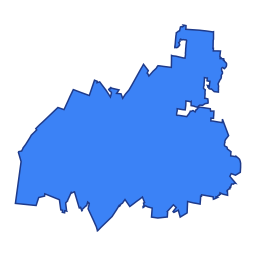 the district of Huehuetán, Chiapas, Mexico
{"feature_id": "50627088B5794115738301", "entity_name": "Huehuetán", "entity_type": "district", "adm_level": 2, "iso_a3": "MEX", "parent_name": "Mexico", "parent_adm1": "Chiapas", "projection": "equal_earth", "projection_center": [-92.394, 15.021], "detail": "fine", "context": "isolated", "style": "filled", "palette": "blue", "viewbox_px": 256, "rotation_deg": 0, "n_neighbors": 0, "source": "geoboundaries", "source_scale": "gbopen_adm2", "svg_char_len": 5769}
<svg xmlns="http://www.w3.org/2000/svg" viewBox="0 0 256 256"><path d="M183.2,25.1L183.4,25.4L183.5,25.6L183.7,26.0L182.6,26.8L182.4,26.6L181.9,26.5L181.3,26.8L180.9,26.9L180.5,26.9L180.3,27.6L180.2,28.2L179.8,29.8L179.6,30.8L179.1,31.0L178.7,31.0L178.0,31.5L176.9,32.5L176.7,32.5L176.3,32.7L176.2,33.8L176.3,34.1L176.2,34.4L176.0,35.1L175.8,37.2L175.6,39.1L175.3,42.8L175.1,44.8L174.8,46.8L174.8,47.3L175.1,47.1L175.2,47.5L175.4,47.6L175.6,47.6L176.1,47.6L176.5,47.7L176.9,47.6L177.8,47.3L178.6,46.1L179.4,45.7L179.7,44.5L178.8,42.9L178.7,42.6L178.9,42.6L180.0,41.4L180.0,40.1L180.1,39.6L180.3,39.3L180.4,39.2L180.8,39.1L181.8,40.0L182.2,39.8L183.2,39.6L185.1,39.9L185.4,39.8L186.1,39.9L186.6,40.4L186.3,43.0L186.0,45.0L185.9,47.2L185.7,48.5L185.6,51.2L185.4,53.3L185.5,54.3L185.5,54.8L185.1,57.1L185.0,58.1L183.1,57.9L176.0,56.2L172.6,55.8L171.5,55.4L171.5,60.3L171.4,65.4L171.3,67.4L163.3,66.4L160.6,66.0L158.0,65.7L157.2,66.7L156.7,67.4L156.5,68.0L156.2,68.3L155.3,69.2L154.8,69.6L154.6,69.9L153.3,71.0L148.9,76.0L148.1,74.4L147.9,73.9L147.1,73.1L148.3,70.6L143.5,64.3L142.2,66.7L141.9,67.1L140.3,69.9L131.9,85.0L129.8,88.6L128.9,90.1L125.3,94.3L122.7,98.3L121.0,93.8L116.6,93.4L119.0,89.9L111.4,88.1L111.0,87.7L110.7,88.4L110.4,87.9L108.7,89.4L108.8,89.7L109.6,90.7L109.8,90.9L110.2,91.3L110.9,91.8L111.4,92.4L111.4,93.3L110.4,97.0L107.3,92.2L105.9,90.1L99.7,81.9L97.0,82.7L97.2,81.3L94.5,80.2L89.3,95.5L80.2,92.2L75.0,90.2L73.3,89.6L69.8,96.9L67.8,101.4L66.4,104.4L65.1,107.3L64.0,109.6L57.9,107.5L42.9,121.8L39.7,124.7L37.9,126.5L35.8,128.6L36.7,129.9L31.3,135.2L29.9,137.7L25.7,144.4L23.0,148.0L22.9,148.6L22.4,149.5L21.6,151.0L18.8,151.6L18.4,152.3L21.1,161.6L15.4,203.4L36.1,205.5L37.2,202.1L38.7,197.5L44.6,196.1L44.8,193.8L59.4,199.7L60.8,209.9L62.6,210.3L62.3,212.3L64.6,212.8L64.8,210.7L66.7,211.1L66.6,210.9L65.8,204.4L65.7,202.8L67.6,200.9L67.5,200.6L71.1,192.7L71.3,193.2L74.1,191.9L74.5,191.9L79.4,208.5L79.4,208.3L80.6,207.4L81.8,210.8L82.2,210.6L81.7,209.7L83.0,208.7L86.0,205.8L86.6,205.8L87.7,202.0L88.0,202.3L88.6,202.7L88.8,203.4L89.2,203.3L89.3,203.5L88.1,208.8L93.6,220.6L96.2,226.5L96.4,227.0L97.0,229.1L97.4,230.6L97.4,230.9L97.5,230.9L100.9,227.4L103.9,224.5L112.1,216.5L116.5,209.8L119.2,205.4L119.7,206.1L121.2,203.8L122.4,203.2L125.0,199.5L129.8,206.5L133.7,203.6L135.9,201.9L138.2,200.2L139.5,199.3L142.4,197.0L144.6,202.5L143.5,203.1L144.1,205.4L143.5,206.1L143.2,206.2L143.0,206.7L143.0,207.0L143.1,207.5L144.4,206.6L145.1,206.0L145.4,205.8L147.8,206.9L152.2,208.1L151.5,217.1L157.8,218.0L167.3,217.0L167.6,212.3L167.2,211.6L173.4,204.8L176.2,207.5L173.0,211.6L173.9,212.4L178.3,210.2L180.2,217.1L187.1,212.9L187.6,201.5L193.4,202.9L197.0,203.5L200.1,204.1L200.5,199.3L200.6,196.2L201.5,196.3L201.6,194.8L213.1,196.8L213.4,199.2L213.8,199.0L214.2,199.0L214.7,198.8L215.5,198.4L216.1,198.2L216.4,197.9L217.2,197.6L216.0,197.3L216.1,196.7L217.5,197.0L218.0,195.7L219.3,195.2L219.3,194.4L219.5,194.1L220.2,194.4L220.5,194.2L220.6,193.8L220.3,193.0L223.1,194.2L227.6,195.3L227.4,190.7L227.1,190.7L227.3,190.3L229.1,188.8L229.7,188.9L229.7,187.8L230.0,188.1L230.5,187.7L230.7,187.2L230.8,186.9L230.8,186.6L230.8,186.3L230.9,185.8L231.2,185.3L231.3,184.8L231.5,184.2L232.1,183.9L232.9,184.1L233.4,184.1L233.8,183.9L234.1,183.3L234.7,183.1L235.7,183.3L229.8,176.3L231.2,173.6L235.5,175.2L240.3,172.3L240.6,167.4L240.6,163.1L240.3,161.9L240.3,161.5L240.0,160.7L239.9,160.4L239.5,159.3L239.1,158.9L238.3,158.1L236.2,156.4L236.2,156.7L230.7,155.9L230.8,153.3L231.0,151.7L227.3,148.9L227.1,147.4L226.8,147.0L225.2,146.3L224.6,145.8L224.4,144.9L224.7,142.7L225.0,142.3L224.8,141.4L225.5,139.6L228.6,135.6L222.4,119.1L222.4,120.0L222.4,120.8L222.3,121.6L222.2,121.9L222.1,122.6L219.5,122.2L218.1,122.0L216.5,121.7L213.1,121.1L210.8,120.9L211.0,118.1L212.6,118.3L213.5,118.3L213.6,116.3L213.7,115.6L213.9,111.1L213.1,111.1L210.6,111.1L210.3,108.7L199.8,107.1L199.5,107.2L198.3,107.9L197.5,108.2L197.1,109.3L195.9,109.9L195.8,110.5L195.1,111.9L193.2,110.6L192.6,110.6L191.4,111.3L190.3,111.2L190.2,111.6L189.0,113.7L187.5,115.6L186.8,116.6L180.5,115.6L179.0,115.4L178.3,115.3L177.4,115.4L176.6,115.1L176.7,112.9L177.2,110.8L177.2,108.7L182.3,109.6L185.2,109.9L185.6,106.7L185.8,105.0L185.9,101.0L188.7,101.3L189.1,101.5L191.0,101.8L191.1,101.7L191.1,105.6L193.9,106.1L194.5,106.4L196.5,107.0L197.7,107.0L198.9,105.7L199.8,105.1L202.6,105.3L203.5,104.7L204.6,103.9L205.4,103.6L207.7,103.2L208.1,103.0L208.1,101.9L208.0,100.2L207.8,98.9L206.6,98.6L205.6,98.3L204.7,98.3L204.8,97.3L205.1,93.6L205.0,92.4L205.1,91.0L205.2,90.8L205.2,90.2L205.3,89.8L203.7,88.6L203.5,88.1L203.7,86.3L204.1,85.5L204.0,85.1L204.4,80.0L204.4,78.5L204.4,77.6L206.5,78.0L207.0,78.0L207.3,78.0L207.1,79.8L207.0,80.8L209.1,81.3L209.9,81.3L209.8,82.5L209.5,84.1L209.4,85.7L208.9,85.7L208.7,85.7L207.4,85.5L207.7,86.0L207.9,87.1L208.5,87.0L209.1,87.0L208.9,88.5L209.5,88.8L210.5,89.1L211.3,88.9L214.2,91.6L218.4,92.1L218.4,90.3L218.5,89.9L218.5,89.7L218.4,88.2L218.5,87.3L218.6,86.5L218.5,85.6L218.3,84.8L218.2,84.5L218.1,84.1L218.1,83.7L218.3,83.2L219.0,81.8L220.1,79.6L220.8,78.8L221.1,78.1L221.3,77.1L221.4,76.7L221.2,76.3L221.3,75.5L221.5,74.9L221.8,74.4L222.0,74.0L222.4,73.6L222.5,73.1L222.4,71.7L221.9,70.9L221.7,70.9L221.5,68.7L221.8,68.0L222.6,67.5L223.4,67.9L223.9,68.5L224.5,68.7L225.1,67.9L225.6,67.4L226.1,66.8L226.5,65.7L226.6,63.9L226.3,63.1L224.5,61.3L224.4,61.1L224.2,60.9L224.2,60.6L224.2,60.4L223.4,60.3L223.4,59.6L223.4,59.3L223.3,59.1L223.7,59.1L223.7,58.8L220.1,58.6L220.2,57.4L220.7,57.4L219.8,56.5L220.5,51.0L213.3,50.9L213.4,48.9L213.4,48.2L212.9,48.2L213.1,46.3L213.2,40.3L213.5,39.2L213.5,31.7L212.8,31.9L206.5,31.0L199.3,30.2L185.8,29.3L186.0,27.1L186.0,26.3L186.0,25.6L184.1,25.2L183.2,25.1Z" fill="#3b82f6" stroke="#1e3a8a" stroke-width="1.5"/></svg>